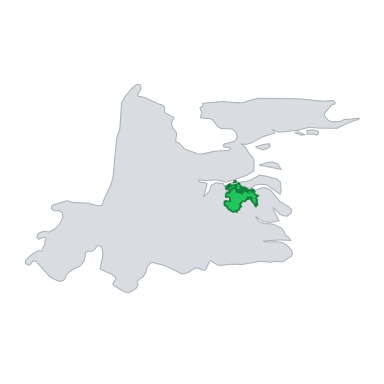 location of Barisal, Barisal, Bangladesh, rotated 277°
{"feature_id": "16705992B66943755852345", "entity_name": "Barisal", "entity_type": "district", "adm_level": 2, "iso_a3": "BGD", "parent_name": "Bangladesh", "parent_adm1": "Barisal", "projection": "robinson", "projection_center": [90.343, 22.763], "detail": "fine", "context": "in_parent", "style": "filled", "palette": "green", "viewbox_px": 384, "rotation_deg": 277, "n_neighbors": 0, "source": "geoboundaries", "source_scale": "gbopen_adm2", "svg_char_len": 9599}
<svg xmlns="http://www.w3.org/2000/svg" viewBox="0 0 384 384"><g transform="rotate(277 192 192)"><path d="M131.8,278.2L131.7,268.4L125.7,249.0L126.0,246.8L124.7,237.5L123.2,232.3L122.5,226.8L126.1,218.8L124.7,217.6L116.6,215.1L115.6,213.1L117.4,205.3L111.6,197.9L109.3,192.4L115.5,174.5L117.2,162.1L116.7,159.7L112.9,157.0L106.2,155.9L101.4,153.5L98.7,150.0L96.3,148.6L93.4,149.7L89.7,148.3L86.6,144.8L84.0,140.6L85.1,136.0L90.0,125.0L91.8,124.7L96.0,126.8L97.6,126.8L100.4,122.5L104.4,110.1L118.0,111.2L121.2,110.8L124.6,109.8L126.5,108.3L127.5,106.3L127.1,104.6L123.0,102.3L121.4,100.5L120.2,95.6L119.0,93.7L110.8,93.5L106.6,91.2L104.3,89.2L100.1,82.5L95.0,77.5L90.1,76.3L88.2,74.7L87.2,72.1L87.8,68.4L90.4,61.3L103.9,46.0L104.3,44.3L103.8,42.3L99.8,39.9L99.5,38.7L100.7,35.4L102.9,35.0L107.6,37.9L112.3,42.7L115.1,46.9L115.2,50.2L118.8,50.9L121.9,52.4L125.1,51.9L127.2,52.7L128.5,52.4L129.1,50.5L126.4,45.7L127.7,43.7L130.8,43.8L133.0,45.6L134.7,49.3L134.9,55.1L138.6,60.3L143.3,64.0L147.1,65.7L151.6,67.0L155.5,65.8L157.4,62.1L156.5,58.9L157.2,56.0L158.7,54.4L161.1,54.5L162.9,56.8L168.2,69.2L167.1,74.8L168.2,90.0L166.9,100.0L167.7,103.8L168.6,104.5L176.6,106.3L188.1,110.3L196.9,111.8L236.7,110.7L245.4,112.7L272.0,111.2L279.3,114.3L287.2,119.5L291.6,123.4L292.4,125.6L291.9,127.5L290.4,128.5L287.7,128.6L281.5,126.1L280.4,126.8L280.3,132.8L275.3,147.9L274.6,152.5L272.8,154.3L267.6,155.3L264.1,164.1L262.7,165.2L259.2,163.2L257.1,163.5L254.4,164.4L251.7,166.4L249.8,168.9L247.7,169.7L240.3,169.6L238.8,173.7L234.0,179.0L230.6,193.1L230.9,197.4L235.0,208.7L237.9,223.3L239.0,224.8L240.4,224.9L240.5,218.2L241.9,217.4L243.6,218.1L247.1,227.2L249.1,229.4L252.2,230.1L255.7,228.7L258.3,226.1L259.4,223.2L258.5,213.4L260.1,209.4L266.2,203.4L267.0,201.6L266.6,191.7L268.9,191.4L272.0,192.2L275.9,189.8L277.0,189.8L278.7,192.3L281.4,191.9L285.6,211.4L286.0,225.2L287.0,232.8L288.5,234.6L293.1,246.1L297.5,286.5L298.1,312.2L300.0,321.0L298.5,322.9L297.0,323.3L295.6,320.2L285.8,313.7L283.4,314.4L280.0,318.2L278.7,321.7L279.3,326.6L280.4,331.5L282.7,334.3L282.9,337.3L285.6,348.9L284.8,349.0L279.5,338.4L272.9,328.1L270.8,309.6L270.6,300.4L266.1,289.6L261.9,270.9L263.7,264.3L260.6,267.1L255.7,255.9L248.0,244.9L245.8,240.0L245.7,235.2L242.4,240.0L237.9,243.4L233.3,248.4L230.3,249.9L220.6,250.9L215.1,244.1L207.1,227.6L206.0,223.9L207.0,214.2L205.1,205.0L204.6,196.9L203.2,197.6L202.6,199.8L202.9,203.2L202.3,206.1L188.9,204.2L194.7,209.1L200.8,210.2L204.0,214.5L204.2,221.7L198.1,226.1L198.7,229.7L202.2,234.1L197.9,235.4L196.8,238.3L196.7,242.5L199.7,248.8L199.2,251.3L204.2,259.6L205.2,263.6L203.9,269.3L193.0,280.7L189.8,288.7L187.1,292.5L183.7,293.2L179.6,289.4L179.6,285.5L180.4,282.3L186.1,274.8L183.0,275.8L174.1,282.0L172.4,277.0L171.3,272.3L171.3,266.5L175.6,258.0L170.8,262.2L169.4,267.6L170.0,273.9L169.4,278.3L167.5,284.2L164.9,287.7L160.7,289.9L158.8,293.4L156.0,295.9L155.0,284.2L152.0,268.3L151.4,271.7L152.9,281.6L152.8,287.9L150.5,293.0L145.9,298.4L142.4,299.2L140.3,298.4L133.7,290.2L133.2,282.5L131.8,278.2ZM212.8,278.4L204.6,280.3L200.5,279.7L208.2,265.5L208.0,259.1L206.7,253.9L202.8,249.7L202.6,246.8L200.8,242.7L199.9,237.9L204.3,236.4L207.8,239.1L209.1,244.5L210.9,248.6L217.0,257.0L216.9,262.1L215.2,274.6L212.8,278.4ZM230.3,273.8L225.3,277.6L226.9,255.1L230.6,263.4L231.6,267.9L230.3,273.8ZM249.3,262.5L247.2,264.1L245.1,262.7L242.5,257.5L243.8,250.8L244.6,249.8L247.7,256.6L249.3,262.5ZM267.9,310.0L265.0,310.3L263.6,308.6L264.3,306.4L263.5,299.1L267.1,298.4L268.4,304.5L267.9,310.0ZM264.7,289.6L262.6,296.8L261.7,293.6L263.2,287.2L264.7,289.6ZM206.4,231.0L207.2,233.3L202.7,230.3L201.4,228.2L203.5,227.1L206.4,231.0Z" fill="#d9dde1" stroke="#a8b0b8" stroke-width="1"/><path d="M187.1,258.7L188.6,258.2L189.1,257.5L189.1,257.8L189.4,257.6L189.7,257.9L190.0,257.8L190.1,257.5L190.7,257.6L191.0,257.0L191.4,257.2L191.8,257.8L192.0,257.9L193.1,256.6L193.3,255.9L194.7,257.0L195.5,257.1L196.3,258.3L196.9,257.2L196.9,255.7L197.7,254.2L198.7,254.4L199.8,253.6L200.1,254.2L200.3,254.3L201.1,253.6L201.0,253.3L200.4,253.3L200.5,252.9L201.6,252.7L200.3,251.8L198.7,251.8L198.7,251.5L199.8,251.6L200.2,251.1L200.3,250.3L199.9,247.7L199.6,247.2L199.9,247.5L200.0,246.4L199.9,245.5L199.3,245.9L199.3,246.3L198.8,247.0L198.8,247.3L198.5,247.8L198.4,247.9L198.7,246.7L199.1,246.4L199.3,245.8L199.9,245.3L199.9,244.8L199.4,243.9L198.1,242.6L197.5,242.3L196.6,242.1L196.8,241.6L196.5,240.8L196.9,241.7L197.2,241.7L197.3,241.2L197.0,240.7L197.5,241.0L197.6,240.5L197.6,241.2L199.3,243.2L198.8,242.3L199.0,241.7L199.3,241.5L199.4,241.1L199.5,241.2L199.5,240.5L198.7,240.0L197.2,239.5L197.1,240.1L196.8,240.1L197.6,236.4L196.9,235.4L197.3,235.7L197.6,236.3L197.5,239.0L198.2,239.7L198.6,238.7L198.6,236.3L198.9,235.7L201.1,234.4L201.2,233.2L200.4,232.0L199.6,231.7L199.0,231.2L198.4,230.2L196.2,229.6L195.4,229.0L195.4,228.7L195.9,228.6L195.4,228.6L195.4,228.1L196.1,227.4L196.1,226.9L194.3,226.2L194.3,225.9L191.8,225.8L191.1,226.1L191.0,227.1L191.6,227.9L191.8,228.6L191.3,229.9L190.0,230.5L189.2,230.4L188.3,230.9L188.4,230.4L187.9,230.4L187.5,230.8L187.1,230.1L187.3,228.6L187.2,227.7L187.5,227.0L187.4,226.6L186.9,226.1L186.7,225.4L186.3,225.2L185.8,225.5L185.7,226.1L184.0,225.3L183.7,225.6L183.8,225.8L183.6,226.1L182.9,226.0L182.6,226.3L183.1,226.4L182.7,226.6L182.3,227.6L182.3,228.7L180.8,228.6L180.2,230.0L179.9,229.9L179.5,230.7L179.0,230.5L179.0,231.7L179.2,232.1L179.0,232.6L178.0,232.6L177.8,233.5L177.2,235.0L177.2,236.1L178.0,236.4L177.9,237.7L177.6,238.9L178.9,238.4L178.7,238.9L178.9,239.1L178.7,239.3L179.5,239.8L179.9,240.7L180.7,240.6L181.0,240.8L181.0,241.2L181.7,241.0L182.1,241.4L182.9,241.5L182.9,242.0L183.1,242.2L183.4,242.2L183.4,241.9L184.1,242.0L184.0,242.5L185.0,241.8L184.8,241.7L184.8,241.2L185.2,240.9L185.3,240.6L185.7,240.7L185.9,241.3L186.5,241.5L186.5,241.9L186.8,242.4L188.3,242.4L189.0,243.6L189.1,244.2L188.9,244.5L189.1,245.8L189.9,246.4L190.3,246.1L191.3,246.7L191.3,247.3L191.1,247.4L191.4,248.1L191.6,248.2L191.6,247.5L191.9,247.5L192.8,247.9L193.6,247.9L193.8,248.1L193.6,249.0L192.9,248.7L192.4,249.1L192.9,249.3L194.1,250.2L194.3,251.1L193.9,251.1L192.5,250.0L192.2,250.4L192.9,250.9L193.3,251.8L192.8,252.5L192.6,252.0L191.9,251.6L191.2,252.0L190.9,251.9L190.6,252.9L190.0,252.6L189.6,252.8L189.6,253.4L189.4,253.8L189.0,253.9L187.1,255.7L186.1,256.1L185.5,256.7L185.2,257.2L185.9,257.5L186.3,257.5L187.0,257.0L187.6,256.9L187.6,257.2L187.0,258.0L187.1,258.7ZM206.8,237.2L205.4,236.0L203.2,235.6L202.2,235.1L201.3,235.0L199.3,237.2L199.1,239.9L199.2,240.1L199.5,239.9L199.3,239.1L199.4,238.8L199.8,238.6L199.6,238.3L199.6,237.7L199.6,238.3L200.1,238.5L200.2,238.8L200.0,239.1L199.5,239.4L199.5,239.7L200.4,239.6L201.7,240.1L203.1,239.3L204.5,239.1L205.0,238.5L206.0,238.3L206.1,237.9L206.5,237.8L206.8,237.2ZM198.6,228.6L198.9,230.3L199.6,231.2L199.8,231.0L200.4,231.4L201.3,232.8L201.6,233.8L201.6,234.6L202.5,234.4L203.9,233.3L204.1,232.8L203.8,232.0L201.8,229.3L200.4,227.2L200.1,227.1L199.6,227.5L199.3,227.8L199.2,228.2L198.6,228.6ZM200.9,244.1L200.7,242.0L201.1,240.6L200.4,239.8L199.8,240.3L199.8,241.2L199.0,242.4L199.5,242.9L199.6,243.6L200.1,244.3L200.7,244.7L200.9,244.1ZM202.7,245.0L203.2,243.6L202.6,241.5L201.9,242.3L201.8,243.9L202.0,245.1L202.6,244.9L202.5,244.2L202.7,243.2L202.8,243.1L202.6,244.1L202.7,245.0ZM202.6,241.5L202.9,240.3L203.5,240.4L203.7,239.9L203.6,239.7L202.3,240.3L201.4,241.1L201.1,241.7L201.4,241.3L201.6,241.1L201.1,242.3L201.1,242.5L201.4,242.1L201.5,242.2L201.1,242.6L201.3,243.3L201.7,243.4L201.6,243.0L201.9,242.2L202.6,241.5ZM202.8,226.5L202.0,225.7L201.7,227.1L201.9,228.4L202.9,229.3L202.1,228.0L202.6,228.6L202.6,228.1L202.8,228.7L203.3,229.0L202.9,227.6L202.5,226.9L202.8,227.2L202.6,227.0L202.5,226.6L202.8,227.1L202.8,226.5ZM202.6,245.3L202.0,245.3L201.2,245.0L200.8,245.2L200.6,247.5L200.8,248.5L201.1,248.0L200.9,246.1L201.6,246.1L201.8,245.8L202.2,246.0L202.6,245.3ZM197.8,228.8L197.1,228.7L195.7,229.0L196.2,229.5L198.5,229.9L198.5,229.5L198.0,229.3L197.8,228.8ZM204.3,233.8L203.3,234.0L202.6,234.7L203.0,234.5L202.8,234.7L203.1,235.0L204.3,235.3L204.5,234.4L204.3,233.8ZM201.5,251.3L201.0,249.8L200.9,248.5L200.7,248.7L200.8,251.9L201.3,251.9L201.1,251.3L201.1,251.0L201.3,251.5L201.4,251.3L201.4,251.6L201.5,251.3ZM202.9,226.6L203.2,227.8L203.9,229.4L203.9,228.0L203.7,227.7L203.9,227.9L203.9,227.6L202.9,226.6ZM199.1,237.4L200.8,235.4L199.5,236.2L198.9,236.9L199.1,237.4ZM199.6,226.3L199.7,225.2L198.9,225.4L199.2,226.3L199.6,226.3ZM207.3,233.3L206.9,232.8L206.6,233.4L207.0,232.9L206.7,233.8L206.9,233.7L207.2,234.3L207.3,233.3ZM199.4,239.4L200.0,239.1L200.1,238.8L199.4,238.8L199.4,239.4ZM201.5,244.7L201.1,243.9L201.0,244.8L201.5,244.7ZM197.8,242.3L197.5,241.6L197.0,241.8L197.1,242.0L197.8,242.3ZM208.0,232.7L207.4,232.1L207.9,232.9L207.9,232.6L208.5,233.8L208.6,233.5L208.0,232.7ZM203.9,227.6L204.0,228.7L204.1,228.9L204.3,228.1L203.9,227.6ZM208.0,233.3L207.5,232.9L207.7,233.2L207.6,233.4L207.8,234.0L207.8,233.6L208.1,233.6L207.9,234.0L208.1,233.8L208.0,233.3ZM202.3,251.1L202.1,250.8L201.7,250.4L201.9,251.1L202.3,251.1ZM204.7,235.0L204.6,234.6L204.4,235.2L204.7,235.0ZM207.2,232.4L206.9,232.4L207.1,232.6L207.2,232.4ZM204.3,228.2L204.3,228.5L204.5,228.4L204.3,228.2ZM206.4,232.8L206.4,232.6L206.4,232.8ZM201.1,225.9L200.9,225.9L201.0,226.2L201.1,225.9ZM207.8,233.0L207.8,232.8L207.6,232.9L207.8,233.0ZM201.4,225.1L201.2,225.4L201.4,225.1ZM206.7,232.2L206.8,232.1L206.7,232.2ZM201.4,250.1L201.5,250.3L201.4,250.1ZM200.8,225.6L201.0,225.6L201.1,225.4L200.8,225.6ZM201.0,225.1L200.8,225.1L201.1,225.1L201.0,225.1Z" fill="#22c55e" stroke="#15803d" stroke-width="1.5"/></g></svg>